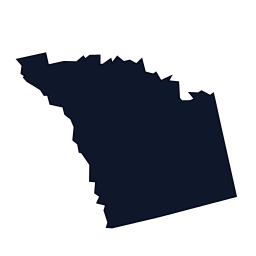 outline of Sevier, Arkansas, United States of America, rotated 166°
{"feature_id": "52423323B63638786048943", "entity_name": "Sevier", "entity_type": "district", "adm_level": 2, "iso_a3": "USA", "parent_name": "United States of America", "parent_adm1": "Arkansas", "projection": "albers", "projection_center": [-94.206, 33.972], "detail": "fine", "context": "isolated", "style": "filled", "palette": "ink", "viewbox_px": 256, "rotation_deg": 166, "n_neighbors": 0, "source": "geoboundaries", "source_scale": "gbopen_adm2", "svg_char_len": 998}
<svg xmlns="http://www.w3.org/2000/svg" viewBox="0 0 256 256"><g transform="rotate(166 128 128)"><path d="M36.9,141.0L40.4,139.5L47.7,146.0L51.4,144.8L59.8,147.3L56.4,140.2L61.0,139.2L69.2,141.1L71.1,144.4L68.0,160.4L77.5,163.8L73.7,167.9L84.7,165.8L87.4,175.1L90.4,174.0L97.9,178.0L98.0,191.7L104.3,188.0L110.0,193.2L116.2,193.2L121.1,199.9L127.8,194.6L128.0,199.2L137.1,195.6L140.1,196.5L137.8,205.3L147.6,207.5L153.0,205.1L154.0,208.3L161.9,204.4L174.1,207.8L190.2,208.3L189.9,220.5L219.1,221.4L215.4,214.3L218.4,206.7L215.3,203.4L217.0,202.3L214.6,197.8L203.5,186.5L201.4,180.2L197.9,179.4L197.7,170.0L185.9,164.3L185.8,156.6L182.8,152.6L181.2,150.9L179.8,142.0L184.2,129.5L180.5,124.7L181.0,116.4L178.9,115.4L173.7,101.6L177.9,85.7L172.1,83.7L175.8,73.0L171.6,68.4L176.1,62.9L168.1,58.7L171.0,53.7L170.1,41.2L172.7,36.9L167.5,35.2L119.3,34.6L118.9,34.6L39.6,35.6L37.8,106.7L37.8,106.8L37.8,107.7L37.0,134.0L37.0,135.5L36.9,141.0Z" fill="#0f172a" stroke="#020617" stroke-width="1.5"/></g></svg>